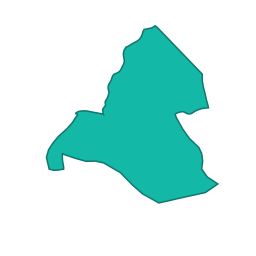 Hill 20/Babonneau, Castries, Saint Lucia (Natural Earth projection), rotated 70°
{"feature_id": "8701671B84261355290509", "entity_name": "Hill 20/Babonneau", "entity_type": "district", "adm_level": 2, "iso_a3": "LCA", "parent_name": "Saint Lucia", "parent_adm1": "Castries", "projection": "natural_earth1", "projection_center": [-60.951, 13.999], "detail": "fine", "context": "isolated", "style": "filled", "palette": "teal", "viewbox_px": 256, "rotation_deg": 70, "n_neighbors": 0, "source": "geoboundaries", "source_scale": "gbopen_adm2", "svg_char_len": 1875}
<svg xmlns="http://www.w3.org/2000/svg" viewBox="0 0 256 256"><g transform="rotate(70 128 128)"><path d="M51.5,102.3L52.2,103.4L53.4,104.9L55.0,106.1L56.5,106.9L58.0,107.4L59.9,107.8L62.3,108.2L64.0,108.6L65.6,109.6L66.9,110.8L68.4,112.5L70.3,114.3L71.7,116.3L72.3,117.8L72.6,120.0L72.6,121.6L72.7,122.8L73.6,124.3L75.0,125.7L77.6,127.7L79.2,129.6L80.1,130.8L81.7,132.2L83.3,132.9L84.6,133.3L85.7,133.4L87.5,133.6L88.6,134.0L90.6,135.4L91.5,136.1L93.0,137.5L94.0,138.8L95.1,140.1L96.5,140.9L97.1,140.9L97.9,140.9L99.5,142.0L100.4,143.6L101.1,144.6L102.3,145.7L103.6,145.9L104.1,146.0L104.8,146.2L105.6,146.4L106.0,146.5L106.6,146.5L106.3,146.7L100.0,157.5L98.2,160.2L97.4,162.1L96.6,164.3L96.0,166.2L95.6,168.6L95.7,170.0L96.0,171.7L96.7,172.2L97.1,171.2L98.4,170.9L100.0,173.4L104.2,178.8L108.2,186.5L112.1,196.2L116.6,203.9L121.2,210.0L127.7,214.7L139.3,216.1L139.6,216.2L142.4,212.2L143.7,207.9L144.2,204.6L144.8,202.7L143.5,202.0L141.5,201.6L138.7,201.1L136.0,200.6L133.4,199.8L130.7,198.8L129.8,198.4L132.3,195.6L138.5,187.8L144.9,178.9L147.9,170.0L152.7,162.6L167.4,150.4L183.3,143.2L194.9,136.8L209.0,124.6L211.4,105.3L212.7,95.3L215.1,77.4L211.4,63.0L211.3,62.7L201.2,70.2L191.7,72.8L184.5,69.1L177.3,67.5L170.6,68.1L158.8,73.9L147.6,77.0L134.1,79.1L131.1,78.9L130.9,78.2L130.6,75.3L130.8,74.0L130.9,73.3L131.2,71.5L132.2,69.7L133.1,69.0L135.0,67.2L135.5,66.1L136.1,64.4L136.0,62.7L135.6,61.4L135.3,60.1L134.9,57.6L134.9,55.7L134.9,54.9L135.0,51.8L135.6,49.2L135.7,48.7L136.4,46.1L136.6,45.5L133.9,45.1L128.3,44.7L122.5,43.9L116.2,43.3L109.1,42.1L105.5,40.8L102.8,39.8L43.5,66.1L41.2,67.6L41.8,69.6L42.0,71.6L41.6,74.4L41.5,75.2L41.2,77.7L40.9,79.1L42.3,80.7L42.8,81.2L44.9,82.6L46.8,84.5L48.4,86.6L49.1,88.7L49.6,90.3L49.8,92.1L50.1,94.3L50.5,96.6L51.1,99.2L51.3,100.6L51.4,101.5L51.2,102.0L51.5,102.3Z" fill="#14b8a6" stroke="#0f766e" stroke-width="1.5"/></g></svg>